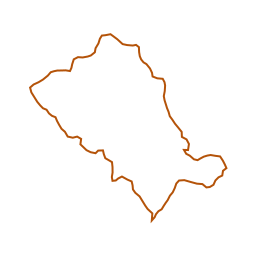 Agronômica, Santa Catarina, Brazil (Albers equal-area conic projection), rotated 149°
{"feature_id": "56859067B26785217747233", "entity_name": "Agronômica", "entity_type": "district", "adm_level": 2, "iso_a3": "BRA", "parent_name": "Brazil", "parent_adm1": "Santa Catarina", "projection": "albers", "projection_center": [-49.723, -27.321], "detail": "fine", "context": "isolated", "style": "outline", "palette": "amber", "viewbox_px": 256, "rotation_deg": 149, "n_neighbors": 0, "source": "geoboundaries", "source_scale": "gbopen_adm2", "svg_char_len": 1740}
<svg xmlns="http://www.w3.org/2000/svg" viewBox="0 0 256 256"><g transform="rotate(149 128 128)"><path d="M94.7,217.4L99.6,219.2L102.8,220.7L106.1,219.0L109.8,215.7L114.7,213.1L117.4,210.0L122.5,209.3L125.7,210.0L130.5,211.8L134.4,214.5L139.1,214.8L143.0,211.4L145.5,208.7L148.4,206.7L151.7,209.5L155.1,211.4L159.1,213.7L162.2,214.8L165.5,215.6L169.7,214.2L176.0,213.3L181.1,213.3L186.5,213.9L191.1,213.1L192.5,208.3L192.4,202.7L192.3,197.1L191.6,192.5L190.7,188.7L188.4,185.6L188.2,181.2L186.9,177.6L184.6,174.6L185.2,170.6L185.4,166.0L185.4,161.5L184.0,157.2L184.1,151.7L180.3,148.1L176.0,146.8L173.8,142.8L177.2,138.5L175.0,130.4L172.5,126.5L168.8,123.1L165.2,124.0L161.0,121.7L162.2,118.0L163.0,113.8L161.0,110.2L159.3,107.0L161.4,102.5L164.2,97.7L167.1,94.3L168.5,90.7L165.5,89.3L162.4,89.8L158.2,89.5L155.1,84.1L152.4,80.3L153.6,76.5L155.4,72.8L155.1,68.6L153.3,63.4L153.2,52.6L152.9,48.5L151.1,42.3L155.2,36.5L151.1,37.8L148.4,39.7L144.8,41.0L141.0,41.0L137.6,42.8L134.3,44.4L131.2,45.7L126.9,48.4L122.8,49.8L118.9,52.4L115.2,55.5L111.3,56.7L106.6,54.3L102.4,49.8L97.6,44.8L93.1,41.6L91.4,36.7L88.3,35.3L84.0,35.3L80.1,38.0L75.8,39.1L71.7,38.7L68.6,42.4L64.3,42.9L63.8,46.7L63.5,51.1L63.7,56.2L67.5,59.2L71.1,62.3L74.2,63.5L77.8,64.4L81.7,64.6L84.9,64.6L87.6,67.2L89.3,72.5L91.4,75.9L91.3,80.4L87.9,78.2L84.0,82.9L83.7,88.1L86.4,92.6L84.0,97.0L84.7,102.2L85.5,107.5L85.7,112.3L86.1,116.6L84.9,121.0L84.3,125.0L83.4,128.6L82.4,132.8L80.9,136.9L77.5,140.7L74.3,145.3L73.1,148.5L72.9,152.3L77.3,155.5L80.4,159.5L79.0,162.9L78.5,167.7L79.3,173.3L80.9,176.3L81.4,180.0L80.9,183.5L79.4,187.3L77.0,191.7L78.3,195.1L81.4,196.2L86.1,199.6L89.4,202.7L91.5,209.7L93.3,214.1L94.7,217.4Z" fill="none" stroke="#b45309" stroke-width="2"/></g></svg>